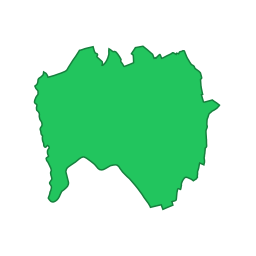 Hoa Thanh, Tây Ninh, Vietnam (Natural Earth projection), rotated 346°
{"feature_id": "81297802B16996300923424", "entity_name": "Hoa Thanh", "entity_type": "district", "adm_level": 2, "iso_a3": "VNM", "parent_name": "Vietnam", "parent_adm1": "Tây Ninh", "projection": "natural_earth1", "projection_center": [106.139, 11.258], "detail": "fine", "context": "isolated", "style": "filled", "palette": "green", "viewbox_px": 256, "rotation_deg": 346, "n_neighbors": 0, "source": "geoboundaries", "source_scale": "gbopen_adm2", "svg_char_len": 5682}
<svg xmlns="http://www.w3.org/2000/svg" viewBox="0 0 256 256"><g transform="rotate(346 128 128)"><path d="M130.6,210.4L141.6,210.5L142.2,215.4L147.0,214.6L152.3,213.8L152.9,213.7L152.8,210.1L154.2,210.0L155.6,210.0L156.7,209.8L157.0,209.7L157.3,209.4L157.7,208.7L159.8,202.6L161.1,199.9L161.6,199.2L162.1,199.0L162.6,199.2L163.1,199.5L163.8,200.2L164.1,200.3L164.4,199.9L164.9,198.9L165.7,197.0L166.0,196.5L166.1,195.6L166.7,194.3L168.3,192.2L170.3,190.4L171.1,190.0L171.6,189.8L172.7,189.9L174.1,190.7L176.6,192.7L178.0,194.1L178.6,195.0L178.8,195.0L179.4,194.7L180.6,194.3L181.5,194.1L182.0,193.8L183.5,192.5L183.6,191.3L184.1,190.2L184.5,189.0L184.8,187.5L185.0,187.0L186.2,185.1L186.9,183.9L187.4,182.8L188.4,180.5L189.1,179.3L192.7,182.1L193.4,180.7L193.9,179.8L194.2,178.7L194.4,177.8L194.6,175.6L194.8,174.9L195.2,174.2L195.5,173.3L195.7,172.6L196.3,171.4L197.3,168.5L197.6,167.8L197.8,166.8L198.0,166.4L198.1,166.2L198.7,165.9L199.5,165.3L199.7,165.1L199.8,164.8L200.2,163.5L200.2,163.1L200.7,160.8L201.3,158.3L201.5,156.8L201.7,156.0L202.1,153.7L202.3,152.6L202.8,150.2L203.0,149.6L203.3,148.9L203.9,148.0L204.8,146.8L204.9,146.5L205.2,145.9L205.3,145.4L205.3,144.3L205.4,143.4L205.5,143.1L205.7,142.3L206.6,139.4L207.0,138.5L208.1,137.0L209.6,134.5L210.0,134.0L210.7,133.5L212.2,132.8L213.3,132.2L213.9,131.9L215.7,131.5L217.2,131.0L218.8,130.4L219.8,129.9L220.5,129.3L221.5,128.7L222.1,128.2L222.3,128.0L220.1,125.2L217.8,122.7L216.6,121.2L213.9,121.3L208.3,121.4L207.5,120.8L207.3,114.7L207.3,113.5L208.6,113.4L208.6,111.5L208.8,106.4L208.9,105.9L209.0,104.6L210.1,98.4L211.2,97.8L211.5,97.5L211.6,97.2L211.7,96.7L211.6,92.0L210.6,90.2L208.0,87.1L207.4,86.4L207.3,85.4L207.0,84.0L206.1,82.9L205.0,81.9L204.4,80.7L204.3,80.2L203.9,79.3L203.3,77.1L202.8,75.7L202.2,73.4L201.8,70.5L201.6,69.2L201.4,67.4L201.3,67.0L201.0,66.6L200.0,66.3L198.7,66.6L196.8,66.6L196.4,66.7L195.6,67.6L195.1,68.2L193.2,67.2L192.5,68.2L190.5,66.3L190.0,65.9L189.5,65.8L187.2,66.6L183.1,67.4L179.1,68.4L177.5,68.5L177.1,65.6L176.9,64.7L176.7,64.4L176.2,64.5L174.8,65.2L173.9,65.9L173.5,66.1L172.6,66.3L172.3,66.9L172.1,67.0L171.9,67.1L171.7,67.0L171.6,66.7L171.4,66.5L171.1,66.5L170.2,66.7L169.7,62.5L165.4,56.4L162.3,52.3L154.6,51.8L153.6,52.8L150.1,56.0L149.3,56.8L149.9,57.5L150.7,58.6L150.6,59.2L150.0,62.5L149.3,65.8L148.8,66.1L145.2,66.7L139.4,67.4L138.9,67.1L138.1,64.3L137.1,61.9L137.1,61.4L137.2,61.0L137.7,60.1L137.8,59.7L137.0,56.8L135.8,53.6L134.8,51.5L133.7,50.6L133.0,50.4L132.3,50.4L131.7,50.1L129.9,47.8L128.7,46.6L128.1,48.3L127.3,51.8L125.6,54.8L124.1,56.8L122.3,58.7L120.6,60.0L119.3,60.8L118.8,61.0L118.3,61.0L118.0,60.9L118.0,60.7L118.4,60.3L118.5,60.1L118.7,59.8L118.9,58.6L119.0,57.4L116.6,53.8L115.6,52.4L115.1,51.3L115.1,51.0L115.2,50.8L116.2,49.7L116.1,48.9L115.9,48.4L114.5,47.5L114.2,46.7L113.9,45.3L113.8,41.1L113.8,40.7L107.7,40.6L105.5,40.6L102.4,40.9L100.7,41.0L99.7,40.9L98.5,42.1L94.6,45.8L91.1,48.8L85.0,54.6L83.0,56.7L82.4,57.1L81.4,57.6L80.4,57.9L76.6,58.5L71.0,59.0L69.1,59.2L63.5,59.4L62.7,59.4L62.5,57.6L62.1,56.2L61.6,55.1L59.7,53.2L58.9,55.2L58.3,56.0L56.1,57.3L54.0,58.1L53.5,58.3L53.1,58.6L52.6,59.1L52.3,59.7L51.7,61.4L51.1,62.5L50.4,63.4L49.4,64.1L47.8,64.8L48.0,66.1L48.2,67.2L48.4,67.7L49.3,69.5L49.6,70.4L49.5,71.0L49.1,72.5L49.1,72.8L48.9,73.4L48.7,73.7L46.9,75.1L46.0,76.0L45.1,77.3L44.5,78.1L43.8,79.4L43.6,80.1L43.5,80.6L43.6,80.9L43.7,81.2L43.9,81.7L44.3,82.2L44.9,82.8L45.1,83.1L45.1,83.4L45.0,84.2L44.6,85.1L44.1,86.0L43.9,87.1L43.8,87.7L43.8,88.7L44.0,89.0L44.4,89.6L45.1,90.9L45.2,91.5L45.4,92.1L45.4,92.7L45.3,93.2L45.3,93.6L45.0,94.3L44.7,95.4L44.6,97.1L44.6,97.7L44.6,98.1L44.7,98.7L45.5,100.9L45.6,101.5L45.6,102.7L45.5,103.8L45.3,104.2L45.1,104.7L44.8,105.2L44.6,105.4L44.3,105.7L43.5,106.3L43.0,106.9L42.5,107.8L42.5,108.1L42.5,108.6L42.5,109.5L42.6,110.1L42.6,110.7L42.4,111.3L42.3,112.8L42.5,113.7L43.1,114.6L43.1,115.0L43.0,115.6L42.8,116.0L42.6,116.5L42.3,117.8L42.2,118.4L42.2,119.0L42.1,119.5L42.1,120.0L42.2,120.7L42.3,121.5L42.4,122.1L42.4,122.6L42.3,123.3L42.1,124.3L42.1,124.7L42.2,125.6L42.6,126.3L42.9,126.5L43.2,126.6L43.5,126.7L44.3,126.3L45.4,125.5L45.6,125.4L45.7,125.5L46.0,125.7L46.2,126.0L46.5,126.4L46.7,127.1L46.8,127.7L46.8,128.0L46.7,128.3L46.4,128.5L45.7,129.1L45.0,129.8L44.5,130.4L44.2,131.1L44.0,132.0L43.8,132.7L43.8,133.3L43.8,134.0L43.9,134.6L44.0,135.1L44.1,135.8L44.1,136.1L44.0,136.3L43.8,136.4L42.4,137.0L41.7,137.2L41.4,137.5L41.2,137.8L41.2,138.1L41.2,138.6L41.2,139.5L41.3,140.1L41.6,140.7L42.0,141.7L42.2,142.4L42.5,143.8L43.2,147.4L43.4,148.7L43.4,149.5L43.3,150.6L43.2,151.0L42.5,151.9L42.3,152.2L42.0,152.9L41.9,153.7L41.8,155.5L41.9,156.2L41.9,158.3L41.8,158.8L41.7,159.1L41.4,159.5L40.8,160.1L39.0,161.8L38.7,162.2L38.6,162.4L38.6,162.7L38.6,163.1L39.4,165.5L39.5,166.0L39.4,166.6L39.3,167.3L39.0,168.0L38.0,169.9L37.0,171.1L36.7,171.6L36.5,172.2L35.5,174.1L34.3,175.8L33.7,176.7L33.9,177.4L34.4,178.7L35.4,180.5L36.6,181.4L37.7,181.7L38.8,181.6L40.0,181.3L41.0,180.9L42.0,180.4L43.3,179.4L44.7,178.0L46.0,176.3L47.9,174.0L48.7,173.3L50.7,172.5L52.3,171.7L53.4,171.1L55.2,169.9L56.5,168.2L56.9,167.2L57.1,166.2L57.1,164.8L57.1,156.9L57.1,155.3L58.0,153.6L58.7,152.6L59.6,151.9L60.9,151.2L64.3,149.9L67.1,148.9L68.8,148.3L72.9,146.3L75.3,145.4L76.9,145.2L78.2,145.4L79.4,146.3L80.7,147.5L82.1,149.2L83.7,151.1L86.3,154.5L87.2,156.0L89.1,159.9L90.3,161.4L92.0,162.2L93.5,162.4L94.4,162.3L96.3,161.9L101.9,160.3L104.8,160.4L107.0,160.7L108.4,161.4L109.4,162.7L110.0,163.8L110.4,165.2L112.1,169.3L113.6,171.9L115.4,174.9L117.3,177.7L121.0,185.1L122.7,188.7L123.9,191.6L125.6,195.8L126.8,199.4L129.6,206.2L130.5,209.4L130.6,210.4Z" fill="#22c55e" stroke="#15803d" stroke-width="1.5"/></g></svg>